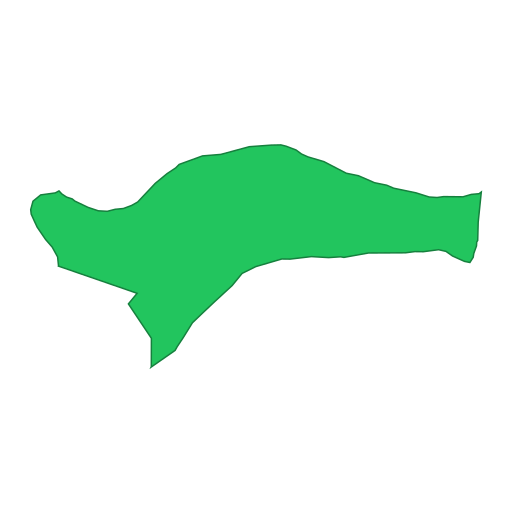 Concepción Huista, Huehuetenango, Guatemala
{"feature_id": "79465075B71807144537859", "entity_name": "Concepción Huista", "entity_type": "district", "adm_level": 2, "iso_a3": "GTM", "parent_name": "Guatemala", "parent_adm1": "Huehuetenango", "projection": "albers", "projection_center": [-91.641, 15.642], "detail": "fine", "context": "isolated", "style": "filled", "palette": "green", "viewbox_px": 512, "rotation_deg": 0, "n_neighbors": 0, "source": "geoboundaries", "source_scale": "gbopen_adm2", "svg_char_len": 1157}
<svg xmlns="http://www.w3.org/2000/svg" viewBox="0 0 512 512"><path d="M481.3,192.0L479.0,193.7L471.3,194.4L463.0,196.8L443.6,196.6L437.1,197.5L429.2,197.0L415.9,192.8L393.7,188.2L386.7,185.2L374.5,182.7L358.4,175.7L346.2,173.2L323.9,161.6L308.0,156.9L301.5,154.0L296.1,150.0L286.1,146.2L280.9,144.9L271.2,145.1L249.3,146.7L220.8,154.4L202.5,155.9L179.2,164.4L175.7,167.9L167.1,173.6L155.3,183.3L137.7,202.0L131.5,205.5L123.4,208.5L115.1,209.3L107.3,211.3L98.3,210.8L88.1,207.4L74.9,201.1L72.2,198.9L66.6,197.1L61.9,194.0L59.0,190.9L55.3,192.9L40.7,194.9L33.0,201.2L30.7,209.6L31.2,214.1L34.3,221.0L37.2,227.2L45.6,239.5L52.2,247.1L57.6,256.9L58.5,265.8L58.4,266.1L137.1,293.3L128.4,303.9L151.4,338.3L151.3,366.6L151.1,367.1L175.1,350.4L177.3,346.5L183.1,337.8L192.4,322.8L202.2,313.4L214.7,301.6L232.2,285.5L242.1,273.4L255.8,266.6L281.8,259.0L290.1,259.1L311.4,256.6L328.6,257.6L340.6,256.8L343.9,257.4L368.4,253.0L405.5,252.8L414.8,251.6L423.4,251.7L438.6,249.7L446.0,251.4L452.5,256.0L464.5,261.4L469.9,262.5L473.2,257.3L473.8,253.4L476.5,245.9L476.7,242.0L477.7,240.5L478.2,222.2L481.3,192.0Z" fill="#22c55e" stroke="#15803d" stroke-width="1.5"/></svg>